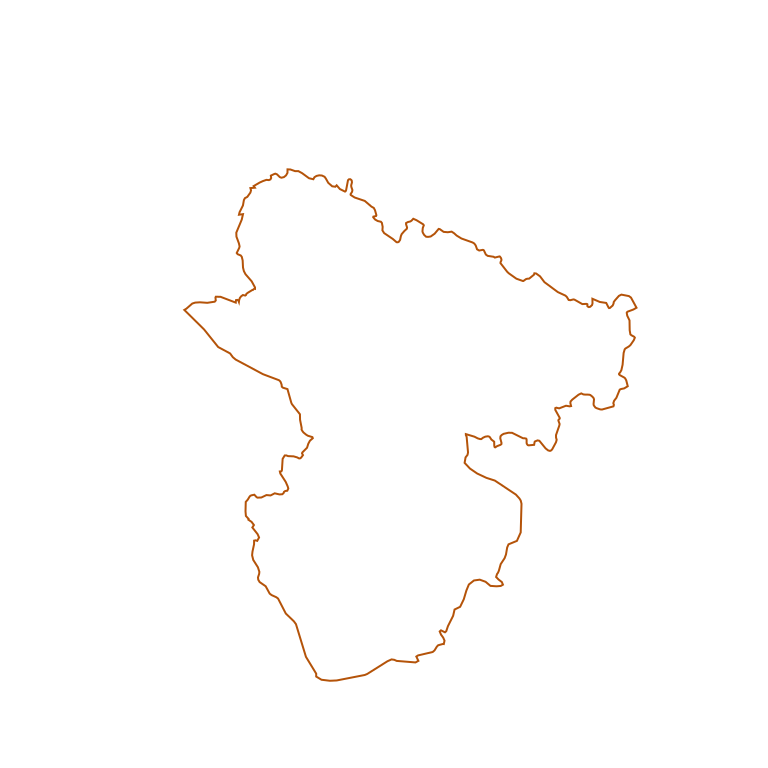 outline of Rheinland-Pfalz, rotated 49°
{"feature_id": "DEU-1580", "entity_name": "Rheinland-Pfalz", "entity_type": "State", "adm_level": 1, "iso_a3": "DEU", "parent_name": "Germany", "parent_adm1": "", "projection": "robinson", "projection_center": [7.376, 49.945], "detail": "fine", "context": "isolated", "style": "outline", "palette": "amber", "viewbox_px": 768, "rotation_deg": 49, "n_neighbors": 0, "source": "natural_earth", "source_scale": "10m", "svg_char_len": 6165}
<svg xmlns="http://www.w3.org/2000/svg" viewBox="0 0 768 768"><g transform="rotate(49 384 384)"><path d="M151.1,352.7L149.1,352.5L150.4,345.7L151.4,342.3L152.8,338.8L154.6,337.1L155.1,335.5L154.5,334.0L152.5,332.7L153.6,328.8L154.0,328.0L155.6,327.2L159.5,326.9L161.0,326.1L162.2,323.8L162.3,321.1L161.3,318.3L158.7,316.0L160.7,313.9L165.1,311.4L167.1,309.0L171.1,307.5L179.5,305.6L183.1,303.0L182.3,300.8L182.7,298.4L184.0,296.0L185.9,294.1L188.6,292.9L190.8,293.1L195.6,294.1L200.8,293.4L203.2,291.3L203.0,289.4L207.9,289.4L213.2,287.2L213.3,286.5L212.9,285.5L206.6,277.5L206.5,276.2L207.3,275.1L208.6,274.8L209.5,275.0L210.9,276.0L212.5,278.4L213.7,279.3L216.9,280.6L218.0,282.0L218.8,284.7L219.5,285.1L224.0,283.8L233.2,278.4L241.9,277.1L244.4,276.2L247.0,276.8L251.6,279.0L252.0,279.8L250.7,282.2L251.0,282.7L252.1,282.8L254.1,282.8L256.9,281.8L259.5,279.9L261.0,279.9L264.5,281.9L267.0,284.4L270.2,284.9L280.3,282.2L285.2,281.5L286.1,280.6L286.4,279.6L285.8,277.3L283.5,274.3L282.5,272.4L281.9,268.3L281.8,264.9L281.0,263.9L277.8,262.5L277.0,261.7L277.5,259.6L278.6,257.5L278.8,256.1L278.5,253.5L281.7,252.0L289.1,249.7L290.3,249.8L291.7,252.4L294.0,254.8L295.2,255.4L297.8,255.9L300.5,255.6L301.9,254.2L303.3,252.0L303.8,247.2L302.8,241.0L303.7,240.3L308.3,239.2L311.3,236.3L313.4,233.0L316.2,232.2L319.6,231.8L325.0,230.1L335.3,224.3L337.2,223.7L339.6,223.9L343.4,225.4L345.7,224.6L347.6,221.4L348.2,221.0L348.9,221.0L353.1,222.2L355.3,221.7L359.9,217.8L361.3,217.4L363.5,213.1L363.9,212.9L365.8,213.1L367.1,213.7L367.7,214.3L368.5,216.1L369.2,216.8L380.1,217.4L382.3,217.2L391.4,215.0L397.4,211.6L397.7,211.2L398.0,208.0L398.5,206.9L399.7,205.3L399.9,199.1L399.1,197.9L400.4,196.7L405.1,195.6L412.4,196.1L428.7,192.5L436.3,189.1L438.2,188.9L441.7,189.5L443.0,188.4L444.4,185.6L445.3,184.9L453.8,181.9L456.2,178.8L456.8,178.3L457.3,178.2L458.6,179.4L459.6,179.3L460.4,178.9L461.0,177.7L460.9,175.2L460.0,173.8L456.4,170.8L463.7,167.3L468.6,163.1L473.8,164.4L474.3,164.4L474.8,163.7L474.8,159.9L473.9,158.0L472.9,156.9L472.4,154.9L471.6,148.9L472.3,146.2L478.3,141.5L480.8,140.9L492.1,143.4L491.4,146.9L489.3,152.5L489.2,153.3L489.5,154.1L492.0,155.6L497.1,157.0L504.6,163.3L508.2,165.5L509.5,165.3L512.5,164.2L513.6,164.3L514.8,166.7L516.3,172.5L516.3,174.6L515.6,178.6L515.8,179.7L517.8,182.8L526.0,191.3L529.3,195.8L530.1,198.0L530.4,199.8L531.0,200.3L532.0,200.2L536.9,198.4L538.0,198.3L540.2,198.8L545.6,201.5L544.9,205.6L543.3,208.4L542.9,209.8L546.9,217.7L547.6,221.3L548.9,223.5L550.6,224.2L551.4,225.5L546.3,236.2L545.0,237.5L541.9,239.3L540.5,239.9L537.8,239.7L536.6,239.0L533.3,235.5L531.8,235.0L529.9,235.1L527.7,235.5L526.6,236.2L523.7,239.4L522.6,240.4L520.5,241.3L519.7,244.2L519.3,252.2L519.6,254.7L520.7,255.9L523.4,257.3L522.7,258.5L519.8,260.9L517.3,267.8L514.9,269.5L514.6,270.6L515.9,271.7L524.8,273.6L525.4,274.1L525.6,275.9L526.0,276.4L529.4,277.7L530.4,279.0L535.4,287.7L537.3,289.3L539.4,290.3L540.8,292.4L543.6,299.8L543.8,301.3L543.4,302.6L541.8,303.7L538.6,304.3L528.8,304.0L527.3,305.1L526.4,307.7L526.5,308.3L528.4,310.6L525.2,315.1L524.4,315.6L523.0,315.5L522.1,315.1L519.6,312.9L518.6,312.5L517.3,313.4L516.1,314.7L504.8,319.4L502.4,322.1L500.1,326.4L499.7,328.6L499.9,330.4L501.3,331.9L505.6,334.0L506.4,334.9L506.3,336.1L505.1,339.4L504.8,341.6L504.3,341.9L503.1,341.4L499.8,338.7L496.3,339.4L493.5,339.0L492.6,339.2L491.6,339.9L490.2,342.1L489.5,344.5L489.4,346.7L488.6,347.6L486.6,348.9L483.1,350.3L475.5,355.1L476.2,355.7L478.1,356.3L490.8,365.5L492.3,367.5L492.9,370.6L496.4,374.9L504.2,374.6L512.7,372.4L522.0,368.3L529.6,363.7L554.0,357.0L559.3,356.9L561.7,357.3L564.6,358.8L585.7,378.2L589.6,386.6L586.7,395.2L588.2,398.3L592.7,403.8L594.6,407.3L596.5,414.1L600.2,419.7L601.2,421.7L601.6,423.4L603.2,426.0L606.8,425.8L610.8,425.0L613.5,425.9L613.0,428.4L610.5,431.8L606.2,436.1L599.9,437.1L594.5,440.1L591.3,445.0L591.0,451.5L593.9,457.3L598.8,465.0L602.1,472.7L600.5,478.7L604.3,483.9L608.7,494.6L611.4,499.2L611.4,500.9L607.3,502.6L607.3,504.3L610.6,505.4L614.2,505.7L617.4,506.7L619.5,509.5L618.9,510.0L616.7,514.5L616.9,516.5L618.2,520.6L618.2,523.1L611.2,536.3L610.9,538.4L615.5,539.7L614.8,542.9L601.3,556.1L598.9,557.2L596.8,559.0L595.5,563.3L591.8,587.0L591.0,589.4L576.7,614.2L572.5,619.5L566.2,625.2L560.3,627.1L558.1,625.2L538.7,621.9L507.5,608.0L504.0,607.7L492.8,608.7L476.4,604.7L474.2,605.2L469.6,607.3L467.2,607.8L459.0,606.0L451.9,607.8L449.2,607.3L447.3,606.0L445.4,602.8L444.0,601.3L439.6,599.4L431.0,598.1L426.7,595.9L424.2,593.2L419.7,587.2L417.0,584.8L417.8,583.4L419.2,582.6L417.9,579.0L414.4,577.9L405.9,577.5L405.1,574.7L401.2,574.4L397.4,575.4L397.0,574.7L393.0,574.8L389.3,572.1L382.3,565.7L381.9,562.7L380.8,559.3L380.7,558.1L381.1,557.0L382.5,554.5L385.7,554.4L386.7,554.1L389.2,551.0L390.7,545.6L393.7,542.7L394.8,538.2L398.8,535.3L400.5,533.0L400.4,531.2L399.8,530.2L400.0,528.7L401.1,527.0L400.1,524.8L398.2,523.9L393.4,522.4L383.6,521.0L381.7,520.0L382.6,518.7L382.1,517.6L374.0,509.6L372.8,505.8L373.8,504.6L375.5,503.7L379.3,499.7L382.4,497.7L384.5,496.9L385.1,496.0L385.2,494.8L384.5,491.8L382.6,491.4L382.1,490.6L381.6,483.9L379.4,480.3L378.2,477.1L378.2,473.3L377.7,473.1L377.1,472.9L373.1,475.4L371.2,476.0L367.6,476.6L365.5,476.4L364.3,476.1L363.2,475.0L355.9,470.8L351.7,467.3L338.8,466.7L337.4,466.3L324.5,460.2L320.5,462.7L319.0,462.9L317.3,461.7L314.7,460.7L313.4,460.6L312.2,460.8L297.2,468.9L268.3,479.9L264.6,480.5L260.0,480.1L247.3,484.9L224.8,484.0L197.1,486.1L197.5,483.7L197.5,475.9L198.7,473.1L201.6,469.3L206.8,464.1L210.8,457.8L210.6,456.2L208.2,454.5L207.8,453.7L210.9,450.2L225.3,442.5L223.6,440.7L224.3,439.5L225.2,439.1L226.9,439.7L225.5,438.1L224.5,436.3L224.1,434.3L224.3,432.1L226.2,430.7L226.3,429.8L225.7,428.7L225.8,426.9L226.7,421.5L227.0,421.3L227.0,419.2L227.5,418.9L226.5,418.0L219.7,416.5L210.3,416.5L206.9,415.7L203.6,414.0L198.0,409.6L194.7,407.9L193.0,407.8L190.0,409.3L188.5,409.2L186.3,404.0L185.4,402.7L182.6,401.2L176.0,398.7L172.9,396.2L166.6,383.5L163.3,379.0L161.1,382.4L159.6,380.3L156.7,373.3L153.3,369.1L152.5,367.1L153.1,364.4L151.9,359.3L150.6,357.3L148.5,356.3L151.1,352.7Z" fill="none" stroke="#b45309" stroke-width="2"/></g></svg>